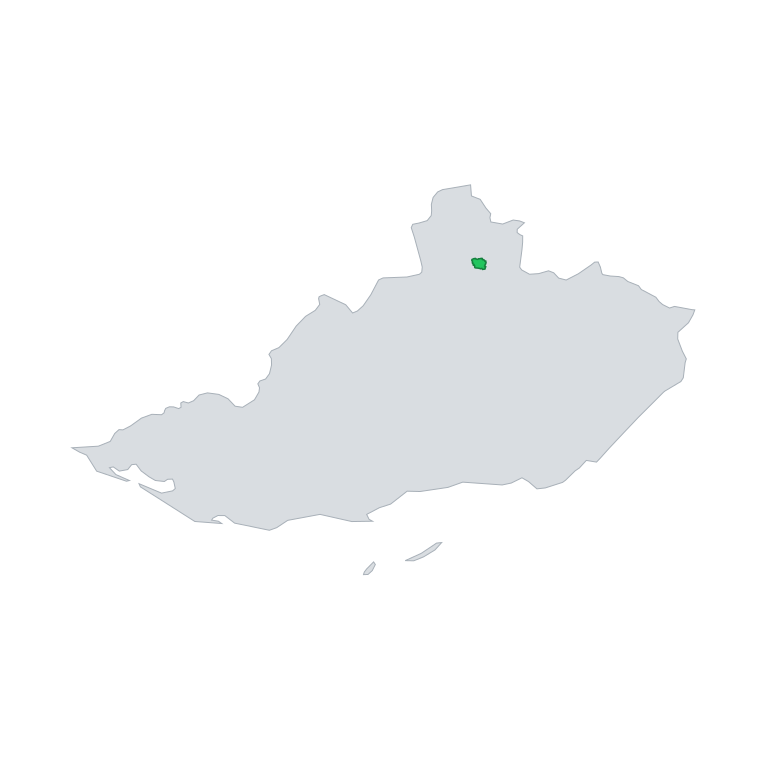 La Venta, Francisco Morazán, Honduras (highlighted), rotated 173°
{"feature_id": "27666195B10946257085941", "entity_name": "La Venta", "entity_type": "district", "adm_level": 2, "iso_a3": "HND", "parent_name": "Honduras", "parent_adm1": "Francisco Morazán", "projection": "mercator", "projection_center": [-87.317, 13.734], "detail": "fine", "context": "in_parent", "style": "filled", "palette": "green", "viewbox_px": 768, "rotation_deg": 173, "n_neighbors": 0, "source": "geoboundaries", "source_scale": "gbopen_adm2", "svg_char_len": 5009}
<svg xmlns="http://www.w3.org/2000/svg" viewBox="0 0 768 768"><g transform="rotate(173 384 384)"><path d="M701.5,358.7L675.1,357.1L662.7,360.4L657.3,367.7L652.6,371.0L648.7,370.3L640.8,373.2L628.9,379.7L618.1,382.2L608.5,380.6L605.8,382.2L605.0,384.3L603.6,386.4L599.8,387.5L595.6,386.9L590.8,384.6L588.3,385.6L588.0,389.9L585.4,391.0L580.5,389.0L575.0,390.6L568.9,395.6L560.3,396.7L549.2,393.8L540.6,388.3L534.5,380.1L527.2,378.1L514.5,384.1L509.1,391.2L508.0,395.5L509.2,399.5L506.9,402.1L500.9,403.4L496.4,408.2L493.3,416.5L492.7,422.9L494.6,427.4L491.6,430.7L483.9,432.9L474.7,440.0L464.1,452.2L453.6,460.7L443.2,465.5L438.1,470.8L438.5,476.7L437.8,478.5L435.8,479.2L432.4,480.0L412.3,467.3L406.5,458.3L401.5,459.7L395.1,464.2L386.2,474.2L376.7,487.9L372.0,489.4L348.2,487.4L335.5,488.6L332.9,490.4L331.8,495.4L332.5,502.1L336.0,526.1L337.9,535.9L336.0,539.0L329.6,539.5L321.2,540.9L316.6,545.4L315.6,550.0L315.1,556.5L312.5,563.2L307.3,568.1L302.2,569.8L273.8,571.1L274.3,560.0L266.0,555.5L261.4,546.2L257.3,540.0L258.6,536.2L258.2,531.8L246.7,528.3L235.8,531.0L229.5,529.3L225.0,526.9L232.9,521.4L233.4,518.1L230.9,515.7L228.3,514.1L229.1,507.9L230.7,500.5L235.1,483.4L233.4,480.4L226.2,475.2L217.0,474.7L206.9,476.3L202.0,473.7L197.7,467.8L190.5,465.0L177.7,469.7L164.1,476.8L160.0,479.3L156.6,479.0L155.0,473.7L154.3,467.4L153.5,465.9L146.3,463.6L137.8,462.0L133.5,460.2L129.5,456.0L119.4,450.5L117.1,446.4L103.6,437.0L100.9,432.3L97.8,428.9L91.3,424.6L86.2,425.6L69.1,420.2L66.5,419.7L68.9,415.0L74.3,407.7L86.0,399.5L87.0,392.9L83.9,380.3L80.9,372.1L82.5,368.5L86.2,353.7L89.0,350.3L106.0,342.8L107.6,341.8L121.0,331.3L135.9,319.7L151.4,306.9L168.6,292.6L178.2,284.2L182.6,280.6L192.5,283.5L200.4,276.8L204.9,274.5L215.5,266.4L218.7,264.6L236.5,261.2L245.0,261.3L252.5,269.6L258.5,274.1L269.7,270.2L279.0,269.4L317.8,277.0L333.1,273.6L361.4,272.9L374.1,274.8L392.1,264.0L403.6,261.8L417.1,256.7L415.3,251.5L412.1,249.2L432.7,251.4L463.4,262.4L496.2,260.4L508.0,254.5L515.6,252.8L549.2,264.1L558.0,272.8L564.9,273.7L570.2,271.7L571.7,269.9L565.1,268.0L562.1,265.3L588.5,270.6L638.3,311.6L639.3,314.9L618.1,302.8L606.8,303.7L603.9,305.7L604.5,312.3L605.5,315.4L610.4,315.8L613.9,314.0L622.7,316.1L628.5,320.5L635.6,327.3L639.8,334.6L644.3,334.7L648.8,330.3L657.3,329.8L662.8,334.7L666.7,334.4L661.2,326.8L648.4,319.2L651.5,318.9L679.8,332.5L687.8,349.6L694.5,353.5L701.5,358.7ZM367.6,211.4L351.2,219.7L346.1,219.6L353.6,213.1L365.8,207.6L376.0,204.9L384.5,206.1L367.6,211.4ZM423.8,202.5L416.0,208.7L414.6,205.9L418.4,200.2L423.1,196.9L427.6,197.3L426.5,199.7L423.8,202.5Z" fill="#d9dde1" stroke="#a8b0b8" stroke-width="1"/><path d="M271.4,496.8L271.5,496.8L271.8,496.8L272.3,496.8L272.7,496.8L273.0,496.8L273.2,496.7L273.3,496.7L273.7,496.7L274.0,496.7L274.3,496.7L274.5,496.6L274.8,496.7L274.9,496.8L275.0,496.8L275.1,496.7L275.3,496.6L275.5,496.5L275.7,496.3L275.8,496.3L276.0,496.3L276.3,496.3L276.5,496.4L276.7,496.5L276.8,496.6L277.0,496.7L277.1,496.8L277.4,496.9L277.5,496.9L277.6,497.0L277.7,497.3L277.8,497.4L278.1,497.3L278.3,497.3L278.5,497.4L278.5,497.5L278.8,497.5L279.0,497.5L279.1,497.4L279.3,497.4L279.4,497.5L279.5,497.5L281.5,496.9L281.6,496.6L281.7,496.4L281.7,496.2L281.8,495.9L281.7,495.7L281.2,495.4L281.3,495.0L281.3,494.8L281.4,494.7L281.5,494.5L281.5,494.4L281.4,494.3L281.4,494.1L281.4,493.9L281.3,493.7L281.2,493.6L281.3,493.5L281.4,493.4L281.5,493.4L281.5,493.2L281.4,493.0L281.4,492.9L281.2,492.7L281.1,492.4L280.9,492.3L280.8,492.2L280.7,492.0L280.7,491.9L280.4,491.8L280.4,491.7L280.5,491.6L280.7,491.4L280.8,491.3L280.9,491.2L280.7,491.0L280.4,491.0L280.2,491.0L279.9,490.9L279.9,490.7L279.8,490.4L279.7,490.3L279.6,490.2L279.6,489.9L279.6,489.7L279.7,489.4L279.8,489.2L279.7,488.9L279.7,488.7L279.6,488.4L279.4,488.3L279.3,488.2L279.2,488.2L278.9,488.1L278.7,488.0L275.9,487.4L275.7,487.3L275.6,487.2L275.3,487.2L275.2,487.2L274.9,487.0L274.8,486.9L274.7,486.9L274.4,486.7L274.2,486.6L273.8,486.5L273.7,486.5L273.4,486.8L273.2,486.8L272.9,486.8L272.9,486.7L272.7,486.6L272.6,486.4L272.4,486.2L272.2,485.9L272.1,485.7L271.7,485.8L271.4,485.8L271.2,485.7L270.8,485.7L270.5,485.7L270.4,485.8L270.2,485.8L269.8,485.9L269.7,485.9L269.5,486.0L269.6,486.3L269.7,486.6L269.7,486.8L269.6,487.0L269.3,487.2L269.1,487.3L269.1,487.5L269.2,487.8L268.9,487.8L268.7,488.0L268.8,488.2L268.9,488.3L269.2,488.4L269.3,488.5L269.5,488.5L269.8,488.8L269.7,488.9L269.6,489.0L269.4,489.3L269.3,489.5L269.3,489.8L269.2,490.0L268.9,490.3L268.7,490.4L268.7,490.5L268.5,490.8L268.5,491.2L268.4,491.4L268.1,491.5L267.9,491.9L267.9,492.0L268.0,492.4L268.0,492.5L268.0,492.8L268.0,493.0L268.0,493.3L268.0,493.5L268.3,493.5L268.5,493.5L268.6,493.4L268.8,493.4L268.9,493.5L268.8,493.8L268.8,494.0L269.0,494.2L269.0,494.3L269.2,494.5L269.3,494.7L269.5,494.9L269.9,495.0L270.0,495.0L270.2,495.3L270.3,495.4L270.5,495.4L270.8,495.4L271.0,495.4L271.2,495.5L271.3,495.6L271.3,495.8L271.2,496.1L271.1,496.3L271.2,496.6L271.3,496.7L271.4,496.8Z" fill="#22c55e" stroke="#15803d" stroke-width="1.5"/></g></svg>